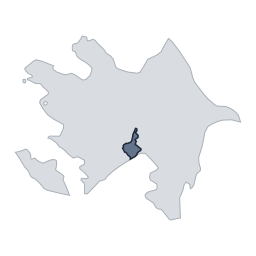 Azerbaijan, with Beyləqan highlighted
{"feature_id": "AZE-1697", "entity_name": "Beyləqan", "entity_type": "District", "adm_level": 1, "iso_a3": "AZE", "parent_name": "Azerbaijan", "parent_adm1": "", "projection": "mercator", "projection_center": [47.672, 39.865], "detail": "fine", "context": "in_parent", "style": "filled", "palette": "slate", "viewbox_px": 256, "rotation_deg": 0, "n_neighbors": 0, "source": "natural_earth", "source_scale": "10m", "svg_char_len": 3752}
<svg xmlns="http://www.w3.org/2000/svg" viewBox="0 0 256 256"><path d="M180.4,218.1L179.2,218.0L171.0,220.0L169.3,219.3L162.2,210.3L160.8,209.3L157.7,208.9L155.9,207.4L154.5,205.0L153.7,203.2L146.4,198.3L145.3,196.5L145.1,194.9L146.2,193.5L147.4,192.3L151.0,191.1L155.2,190.0L156.5,189.3L157.2,188.0L157.1,185.9L156.5,183.8L150.5,180.1L149.8,178.4L149.6,176.5L150.0,174.4L150.9,172.7L155.8,170.5L158.4,168.2L156.8,165.7L151.5,159.8L145.3,153.4L141.1,153.3L136.3,155.2L128.6,160.7L124.3,163.1L118.8,166.9L112.8,171.3L107.8,175.8L104.7,179.6L99.2,181.3L96.5,184.4L87.3,193.9L84.7,193.8L84.5,189.1L84.6,185.4L84.1,183.2L81.1,180.3L81.0,179.0L81.8,178.2L84.1,178.7L87.1,178.5L88.5,177.4L85.3,173.5L82.5,170.9L80.2,169.1L79.6,168.1L79.6,167.3L80.1,166.4L84.2,164.3L84.6,162.3L84.3,160.1L77.9,156.8L73.1,158.0L68.7,154.4L66.0,151.6L62.5,148.5L59.4,146.9L56.5,143.0L51.3,139.1L48.0,138.0L48.1,137.4L48.7,136.7L50.0,136.1L59.2,136.2L60.3,135.5L60.9,133.8L62.2,131.3L63.6,127.6L63.5,124.5L54.3,119.5L47.6,114.8L43.0,108.7L39.8,103.1L39.9,101.2L40.8,99.5L48.0,94.3L48.5,92.9L48.3,92.0L45.8,89.4L42.6,86.6L41.6,84.6L39.5,83.6L35.7,83.5L29.0,80.2L27.5,79.8L27.2,79.2L27.5,78.5L32.3,77.1L32.3,76.0L30.8,74.5L28.1,73.4L25.6,70.7L24.7,68.3L33.4,61.2L36.0,59.8L41.7,61.1L53.5,65.8L52.7,68.4L53.9,69.9L56.6,71.9L61.8,73.9L66.2,74.9L68.4,74.1L71.8,73.3L76.2,75.6L80.3,78.6L82.3,79.8L83.4,80.1L86.4,79.1L90.1,75.3L91.6,70.8L92.0,68.5L89.8,65.5L85.4,62.2L80.4,59.3L77.2,56.7L75.2,51.6L73.1,51.1L72.6,50.4L72.3,48.7L72.3,46.2L73.1,44.4L75.1,43.6L77.1,43.3L78.9,41.5L81.3,38.0L82.2,36.0L86.6,37.1L87.2,40.3L87.9,40.9L89.7,40.6L92.7,39.3L95.1,40.3L98.2,44.0L102.4,47.9L104.7,50.6L105.6,52.4L107.8,54.2L110.9,56.2L113.4,59.5L115.7,67.0L118.0,68.8L126.1,71.6L129.0,72.2L137.0,73.2L139.8,72.5L144.0,66.0L147.7,59.3L151.1,57.9L157.4,54.7L161.2,51.6L162.8,48.3L166.3,42.1L168.5,38.5L172.2,41.7L178.6,50.1L187.7,63.9L190.0,67.7L191.4,72.2L192.7,77.7L194.8,82.5L204.0,94.5L208.1,99.0L214.6,104.7L216.9,106.0L219.9,106.3L225.5,106.4L230.7,108.6L233.3,110.2L235.9,112.5L238.3,115.1L240.6,122.1L231.7,119.8L222.6,120.1L217.5,121.6L212.6,123.7L207.9,126.6L204.9,132.2L202.4,145.2L198.7,157.3L198.9,162.9L200.5,168.3L200.3,170.8L198.6,171.9L196.5,174.2L193.7,185.2L192.3,187.4L190.5,188.8L190.0,187.5L190.1,184.6L186.2,182.0L184.1,184.9L182.7,190.9L179.8,197.3L179.7,198.5L180.4,218.1ZM46.9,104.3L47.3,102.5L46.2,101.7L45.0,101.7L44.0,102.6L44.0,104.8L45.4,105.2L46.9,104.3ZM17.3,155.1L16.0,153.3L15.4,152.3L19.3,151.5L26.0,149.1L27.8,150.3L29.7,152.7L30.7,154.8L30.8,158.7L31.6,159.3L34.8,158.0L36.3,159.6L38.8,161.4L43.1,163.3L49.3,160.4L52.4,159.6L54.9,159.7L56.3,160.6L56.7,163.6L56.2,167.3L55.5,169.3L56.8,170.8L61.9,174.3L64.0,176.3L63.0,179.7L66.8,188.1L68.0,191.3L69.5,195.3L61.8,193.7L47.8,190.4L44.0,188.6L40.4,184.0L38.2,181.7L35.0,178.9L32.4,177.8L30.4,175.8L29.2,172.8L27.6,170.1L24.7,167.0L18.2,156.2L17.3,155.1ZM25.6,82.4L24.8,83.0L23.4,82.4L23.0,81.1L23.1,79.6L24.5,79.3L25.5,79.7L25.8,81.0L25.6,82.4Z" fill="#d9dde1" stroke="#a8b0b8" stroke-width="1"/><path d="M136.9,154.7L135.2,156.5L130.3,159.2L130.3,157.1L127.8,155.0L126.9,153.6L125.9,152.4L124.6,152.1L123.9,150.5L123.2,149.3L122.6,148.2L123.1,147.8L123.6,147.4L123.4,146.8L123.1,145.9L123.8,144.8L125.0,144.2L125.3,143.7L125.8,143.4L126.8,143.4L127.7,143.4L129.0,142.8L130.4,142.4L131.5,141.2L132.1,139.3L132.6,136.9L133.0,134.3L133.9,132.3L135.6,128.4L136.2,128.5L136.7,128.7L136.7,129.4L137.0,130.7L137.0,130.8L135.3,132.4L136.8,133.9L138.1,135.4L138.0,137.5L136.4,138.6L135.6,139.1L135.0,139.9L135.5,140.7L136.3,141.2L135.6,143.1L135.3,144.6L136.8,145.4L138.1,146.6L139.6,147.8L141.0,148.9L140.7,150.5L139.0,151.5L137.3,153.0L136.9,154.7L136.9,154.7Z" fill="#64748b" stroke="#1e293b" stroke-width="1.5"/></svg>